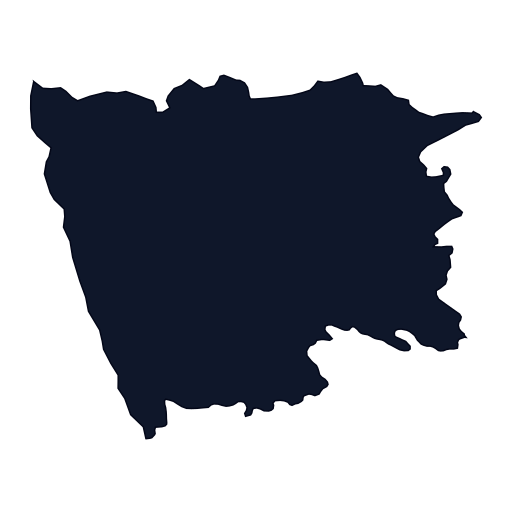 the district of Grodno, Grodno, Belarus
{"feature_id": "67162791B13547290723272", "entity_name": "Grodno", "entity_type": "district", "adm_level": 2, "iso_a3": "BLR", "parent_name": "Belarus", "parent_adm1": "Grodno", "projection": "natural_earth1", "projection_center": [24.107, 53.67], "detail": "fine", "context": "isolated", "style": "filled", "palette": "ink", "viewbox_px": 512, "rotation_deg": 0, "n_neighbors": 0, "source": "geoboundaries", "source_scale": "gbopen_adm2", "svg_char_len": 4388}
<svg xmlns="http://www.w3.org/2000/svg" viewBox="0 0 512 512"><path d="M473.4,111.6L471.9,113.2L468.6,113.0L462.4,112.8L456.4,113.2L449.1,113.8L444.2,114.2L438.8,115.2L433.1,117.1L427.7,115.6L422.5,113.6L418.8,112.4L415.8,110.1L412.0,107.4L409.0,104.6L408.4,100.3L403.0,98.8L397.1,97.8L393.3,96.0L390.5,92.9L387.6,89.4L380.8,84.9L375.4,86.4L368.1,85.9L363.2,85.7L362.6,83.1L359.9,77.4L356.9,73.3L351.5,75.1L344.7,77.6L338.5,79.6L330.9,81.9L323.9,82.3L317.9,81.2L314.4,85.9L310.1,90.2L302.5,92.7L291.9,95.4L277.5,97.2L267.0,98.2L255.3,99.0L250.4,99.0L249.1,96.0L248.6,92.5L247.5,87.4L244.5,82.9L239.9,80.4L236.1,80.2L229.9,77.6L223.9,75.3L220.1,76.3L218.5,80.2L214.7,85.9L203.4,88.6L199.6,86.0L189.4,79.6L182.2,85.4L174.2,88.6L168.2,96.0L166.5,100.8L169.9,107.8L162.7,112.3L156.3,112.3L155.9,107.5L153.0,101.1L146.2,98.8L139.0,96.0L125.9,91.5L117.0,93.1L106.8,92.1L89.9,96.3L77.6,100.8L71.8,97.3L65.8,91.3L60.6,87.8L51.3,88.8L42.7,88.3L34.1,81.8L34.3,82.3L33.7,81.6L30.8,95.8L30.7,108.8L32.0,127.8L37.3,135.8L45.2,142.8L51.1,147.8L49.1,156.8L46.4,161.8L44.4,173.9L50.3,192.5L54.3,199.5L64.2,209.0L64.8,216.6L63.5,227.2L70.1,241.2L72.7,257.4L79.9,281.1L85.8,297.2L88.5,311.3L99.7,330.0L102.3,341.2L103.6,349.3L110.9,363.4L118.2,375.1L118.2,381.2L118.1,388.3L124.8,398.4L130.7,414.7L143.3,426.8L145.9,438.5L146.0,438.7L148.4,438.4L150.0,438.2L151.8,437.7L154.6,434.7L155.1,433.6L154.6,430.1L155.4,427.2L161.9,426.7L165.1,425.8L166.6,424.2L166.7,422.6L166.4,418.8L166.3,414.6L166.1,411.6L165.6,407.6L164.7,404.4L164.5,400.5L165.8,399.2L169.3,400.0L173.5,401.3L177.3,403.8L181.9,406.6L186.5,408.3L191.5,408.5L197.1,408.3L202.3,407.8L208.3,407.3L211.0,404.9L213.9,403.9L218.2,404.1L222.0,405.3L226.1,406.2L229.1,405.9L233.0,404.9L235.6,403.4L238.0,401.6L241.1,401.5L244.0,402.2L245.8,404.3L247.1,407.6L246.4,410.6L244.7,413.4L245.6,416.3L250.6,414.9L251.8,412.9L252.2,410.7L253.2,408.4L256.8,407.9L260.3,408.9L264.0,410.8L268.7,411.0L271.2,410.2L273.1,408.6L273.6,405.3L272.9,403.1L275.0,400.7L280.2,400.3L284.3,400.8L288.0,402.2L289.8,404.5L292.0,405.3L295.2,403.8L298.0,403.3L301.3,401.4L302.7,400.0L303.0,397.4L303.9,395.8L308.8,394.0L311.6,394.4L314.9,395.6L319.1,394.0L320.4,391.7L322.7,388.7L326.7,386.5L328.0,384.4L327.4,382.1L325.1,379.4L321.6,377.1L319.6,374.8L318.8,371.7L317.7,368.1L316.4,365.5L313.0,362.7L311.2,360.9L308.7,357.8L307.0,355.7L306.6,351.1L308.5,347.5L310.0,345.6L313.3,344.6L315.3,343.1L316.7,340.3L321.6,339.5L323.7,339.5L329.7,340.3L332.2,338.7L329.2,335.1L325.9,331.8L324.8,329.6L325.3,326.1L328.5,324.9L331.9,324.9L334.3,326.0L337.2,327.0L339.8,328.2L342.1,329.2L344.8,330.1L347.3,330.2L349.2,329.8L350.5,328.0L352.4,326.6L354.5,327.0L357.6,329.6L359.1,331.5L360.7,332.9L362.4,333.7L364.2,334.1L367.8,334.7L370.8,336.2L372.8,337.4L374.7,338.3L376.8,338.9L380.1,339.5L382.2,340.0L384.6,341.1L386.4,342.5L388.6,344.0L390.9,345.0L393.3,346.3L397.0,348.3L399.9,349.8L404.1,350.7L408.2,350.5L410.1,349.0L410.1,346.2L407.8,343.8L405.7,341.4L401.7,339.7L400.2,338.9L396.7,337.4L394.9,336.5L394.3,333.9L394.7,331.4L396.5,329.8L398.6,329.2L401.5,329.1L406.9,330.2L409.6,331.5L412.3,333.5L414.8,335.6L415.7,337.3L416.4,338.4L417.5,340.3L418.8,341.5L421.1,344.0L423.5,345.1L426.9,346.1L430.3,346.1L433.2,347.0L435.6,348.4L438.4,350.5L440.5,350.9L443.4,350.7L446.4,349.5L449.7,348.9L453.9,348.9L457.4,348.2L457.9,344.6L457.4,342.5L458.4,340.0L459.5,339.0L464.5,337.2L466.0,337.4L464.3,335.3L464.2,334.0L461.2,331.5L459.2,329.0L458.3,325.5L458.8,322.4L460.5,320.0L461.2,316.9L459.6,314.2L454.5,310.6L445.2,304.0L438.6,299.2L436.3,294.8L436.2,290.7L440.3,288.0L445.4,283.9L446.9,279.3L446.0,275.2L447.4,271.0L450.6,267.3L450.0,259.7L448.8,255.5L452.0,252.9L452.8,249.0L451.7,246.4L446.8,246.4L441.4,247.0L433.3,246.8L435.0,244.4L437.6,243.3L437.6,239.4L435.0,236.8L433.7,234.0L435.2,231.5L439.5,228.2L444.2,224.3L448.0,221.5L451.9,218.8L460.9,215.6L462.3,212.3L459.7,209.8L456.1,207.1L453.1,204.9L450.9,202.0L448.5,198.2L447.1,195.2L444.3,191.8L443.8,187.5L443.6,183.5L446.4,181.3L448.7,177.4L450.7,174.1L449.8,169.6L447.6,167.2L444.1,166.7L441.8,168.7L443.5,172.6L443.3,175.4L436.1,176.9L431.5,177.2L426.4,176.3L425.8,172.0L426.6,168.5L423.8,165.2L419.7,161.5L418.3,157.2L420.6,151.8L427.2,145.5L439.8,139.2L450.9,133.5L458.4,129.6L465.5,125.1L471.0,123.6L478.4,121.4L481.3,117.5L479.3,114.7L473.5,111.7L473.4,111.6Z" fill="#0f172a" stroke="#020617" stroke-width="1.5"/></svg>